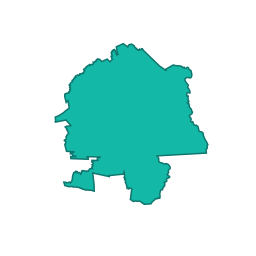 Cadereyta Jiménez, Nuevo León, Mexico, rotated 314°
{"feature_id": "50627088B63245516345576", "entity_name": "Cadereyta Jiménez", "entity_type": "district", "adm_level": 2, "iso_a3": "MEX", "parent_name": "Mexico", "parent_adm1": "Nuevo León", "projection": "natural_earth1", "projection_center": [-99.908, 25.517], "detail": "fine", "context": "isolated", "style": "filled", "palette": "teal", "viewbox_px": 256, "rotation_deg": 314, "n_neighbors": 0, "source": "geoboundaries", "source_scale": "gbopen_adm2", "svg_char_len": 5788}
<svg xmlns="http://www.w3.org/2000/svg" viewBox="0 0 256 256"><g transform="rotate(314 128 128)"><path d="M179.0,164.3L179.3,163.8L179.8,163.6L182.6,164.0L183.4,163.8L184.3,163.2L184.5,162.0L185.5,160.5L185.4,160.1L185.7,158.5L185.5,157.7L186.0,157.1L186.5,156.9L187.9,154.6L187.9,154.1L187.3,154.6L187.5,153.5L187.3,153.0L187.7,152.9L188.0,153.2L189.3,153.4L189.7,153.0L189.8,152.2L190.5,151.2L191.4,150.1L192.7,149.3L192.8,148.9L191.9,147.8L192.5,147.5L192.7,147.1L194.2,146.2L195.4,146.7L196.1,148.2L197.4,147.1L198.5,144.2L198.5,142.8L199.1,142.3L200.3,141.9L200.8,141.4L201.1,138.1L201.8,136.0L202.2,135.5L203.2,134.9L204.4,134.9L205.7,135.6L207.0,137.8L208.1,138.3L209.5,137.8L210.9,136.7L213.0,133.5L213.0,132.8L212.5,131.6L213.3,129.5L212.8,128.4L211.4,128.3L210.7,127.8L210.4,127.2L210.7,126.2L209.6,125.8L209.7,124.5L209.2,122.8L205.9,118.8L204.7,116.7L196.4,114.3L195.9,116.0L194.5,107.8L194.5,85.3L195.0,83.3L194.6,83.1L194.6,82.8L194.1,82.6L193.7,82.7L193.8,83.2L193.4,83.1L192.8,82.4L192.5,81.9L192.6,81.5L191.9,81.5L191.5,81.9L190.9,81.4L191.2,80.5L190.8,79.8L191.0,79.3L190.8,79.1L191.0,78.7L190.8,78.5L191.0,77.9L190.8,77.4L190.9,76.8L190.8,76.3L191.3,75.9L191.5,75.5L191.2,74.6L191.2,73.9L190.8,72.2L190.0,72.0L189.3,71.3L188.3,70.9L187.6,71.2L186.6,70.9L186.1,71.4L185.4,66.0L178.3,63.2L173.8,69.4L173.9,69.6L172.9,69.5L173.1,68.1L173.3,67.6L173.9,67.2L174.1,65.9L174.9,65.1L175.0,64.4L174.8,64.1L174.9,63.9L174.2,63.9L174.2,63.3L173.1,63.0L172.7,63.3L172.0,63.2L172.0,63.8L170.8,63.6L170.3,63.8L170.3,64.1L170.5,64.1L170.1,64.3L168.8,66.6L167.9,66.0L166.8,68.0L166.8,69.0L163.1,69.0L163.1,65.1L157.7,63.1L157.7,59.8L157.1,59.5L157.1,59.2L156.7,58.6L156.7,58.2L155.2,57.9L154.7,58.4L154.6,58.2L154.3,58.4L153.9,58.4L153.9,58.2L153.0,58.3L152.2,57.8L152.1,58.0L151.1,58.2L150.8,58.1L150.8,57.9L150.5,58.3L150.3,58.1L150.0,58.3L149.2,58.3L149.1,58.5L148.2,57.9L148.2,57.5L147.8,57.5L147.3,56.8L146.8,56.7L146.8,56.2L146.2,56.3L146.1,56.6L145.6,56.0L145.1,55.8L143.6,55.7L142.8,55.5L142.7,55.9L142.3,56.0L141.0,55.8L140.6,55.4L139.4,55.4L139.1,55.6L139.3,56.2L139.1,57.1L138.6,56.9L138.0,57.4L137.6,57.3L136.7,57.7L136.2,57.2L135.5,57.6L135.3,57.5L135.3,57.0L134.5,56.7L134.2,56.2L133.6,55.7L133.2,55.7L132.9,56.2L132.3,56.5L131.7,55.9L131.4,55.9L131.4,55.3L131.1,54.9L130.7,55.0L129.7,54.3L128.6,54.2L128.1,54.4L128.0,55.1L126.8,54.5L126.0,54.9L125.6,54.8L125.0,55.2L123.7,54.7L123.4,54.8L123.0,55.5L122.2,55.0L122.5,55.5L122.1,55.9L121.1,55.5L118.2,55.8L118.4,56.2L118.3,57.1L117.9,57.0L117.7,57.5L117.8,57.9L117.7,57.7L117.3,57.8L116.8,57.6L116.6,58.0L116.8,58.9L116.3,59.4L115.7,59.2L115.0,59.4L114.9,59.6L115.1,59.8L114.7,60.4L113.4,60.5L113.1,60.3L112.4,61.0L112.2,60.6L111.8,60.8L111.2,60.6L110.4,60.0L110.5,59.8L109.2,59.3L109.0,59.0L108.7,59.1L108.5,59.5L108.1,59.4L106.7,60.6L103.4,65.8L106.0,65.9L101.5,71.9L96.6,71.1L94.4,71.0L88.6,69.6L85.3,68.1L82.4,71.7L81.9,71.4L81.8,71.7L90.7,77.9L90.0,85.2L88.1,84.0L86.5,82.5L85.2,82.0L84.9,82.7L85.1,84.2L84.5,84.7L82.9,88.9L82.1,89.1L80.8,88.9L79.6,89.5L78.8,89.4L76.8,91.5L76.3,91.4L75.7,90.8L74.9,90.7L74.7,91.2L74.9,92.3L74.7,93.0L73.7,93.7L72.7,93.8L72.6,94.4L72.0,94.3L68.5,100.0L73.3,105.4L72.8,105.9L70.5,103.4L69.4,104.6L70.8,106.1L69.4,107.7L71.5,110.0L71.1,110.3L67.7,106.6L66.3,108.2L77.9,121.1L79.3,119.6L78.7,118.8L79.0,118.5L87.7,128.0L87.3,128.4L85.5,126.4L84.2,128.1L83.9,127.8L83.7,128.0L84.1,128.6L83.7,128.9L81.5,126.5L81.0,126.6L81.1,126.0L79.7,124.5L78.4,125.5L79.2,126.4L78.0,127.7L76.5,127.6L76.7,128.8L76.1,128.9L75.9,129.1L75.4,128.9L75.3,129.3L74.7,129.4L74.2,130.2L74.2,129.8L72.9,129.5L71.7,128.8L69.4,129.4L68.8,128.4L67.6,128.3L67.5,127.3L66.1,125.1L65.3,125.4L64.8,124.6L63.0,126.0L61.9,126.0L62.4,125.2L62.2,123.9L61.3,123.6L60.4,122.4L61.3,121.9L60.4,121.2L60.7,120.6L59.1,120.3L58.7,120.6L58.2,120.0L55.3,121.3L51.6,124.1L48.4,124.8L48.3,123.2L47.2,123.0L46.0,122.3L45.9,121.3L45.3,120.3L44.5,119.4L42.7,122.6L44.8,126.4L46.0,127.3L47.2,128.8L47.7,129.9L48.9,130.9L51.3,134.4L51.6,134.9L51.5,135.6L52.2,136.4L52.5,138.0L53.1,138.5L53.5,139.9L54.3,141.1L55.2,141.7L56.2,143.2L57.6,144.7L59.1,147.6L63.8,142.8L71.1,133.9L80.0,148.2L80.5,147.4L82.7,149.2L82.9,149.2L83.3,149.7L91.7,156.8L93.8,155.6L93.5,156.3L93.0,156.5L92.6,157.3L92.3,157.4L91.9,157.9L91.1,159.1L90.8,159.1L90.2,159.5L90.0,159.9L89.6,159.8L89.8,160.6L89.3,160.9L89.3,161.5L88.8,161.3L88.7,162.1L87.2,163.9L86.1,166.3L83.9,169.4L84.9,169.7L84.6,170.8L84.9,171.0L85.7,170.7L86.9,172.6L86.9,172.9L78.2,179.4L78.6,180.7L78.8,182.9L80.5,183.8L81.7,185.6L83.0,186.6L83.6,187.8L84.0,189.0L83.9,190.3L84.4,191.5L84.3,192.6L89.4,197.2L92.0,196.7L93.6,196.9L94.0,196.8L94.6,197.1L95.7,196.8L96.9,197.8L98.1,198.1L98.0,198.4L98.3,198.6L98.8,198.6L99.5,199.6L99.9,199.4L99.8,198.9L100.7,198.8L101.2,198.5L102.6,196.6L105.8,194.7L106.4,194.7L107.3,195.6L107.7,195.7L108.7,194.8L110.2,194.7L111.3,194.3L111.7,194.6L113.3,193.4L114.1,191.7L114.7,192.0L115.2,192.6L116.7,192.7L117.3,192.4L117.9,191.1L118.4,191.0L119.4,191.3L119.9,191.8L120.5,191.7L121.1,192.1L121.6,192.2L122.0,191.5L121.9,190.6L121.4,189.7L121.8,188.6L122.3,188.8L123.3,188.2L124.1,188.2L124.5,187.9L124.8,187.0L125.4,186.6L126.4,186.3L127.9,186.6L129.2,185.4L129.4,184.8L129.7,182.8L129.6,181.7L129.2,181.2L129.2,180.8L128.8,180.0L127.4,179.3L126.8,177.4L125.6,175.3L125.3,174.1L125.6,173.1L127.6,171.0L128.2,168.3L164.4,201.8L166.4,199.5L167.3,199.0L168.6,199.1L170.0,197.3L171.0,197.3L171.3,197.1L171.2,196.9L171.7,196.5L171.9,195.7L172.4,194.8L173.6,190.2L174.2,189.5L174.6,188.0L176.5,185.6L176.5,184.0L175.1,181.7L175.2,181.2L177.5,177.6L177.7,177.0L177.4,175.1L176.5,174.6L176.2,173.2L176.3,172.6L177.5,170.2L176.7,170.0L176.3,169.6L176.5,168.5L177.3,167.8L178.2,167.3L178.6,166.8L179.0,164.3Z" fill="#14b8a6" stroke="#0f766e" stroke-width="1.5"/></g></svg>